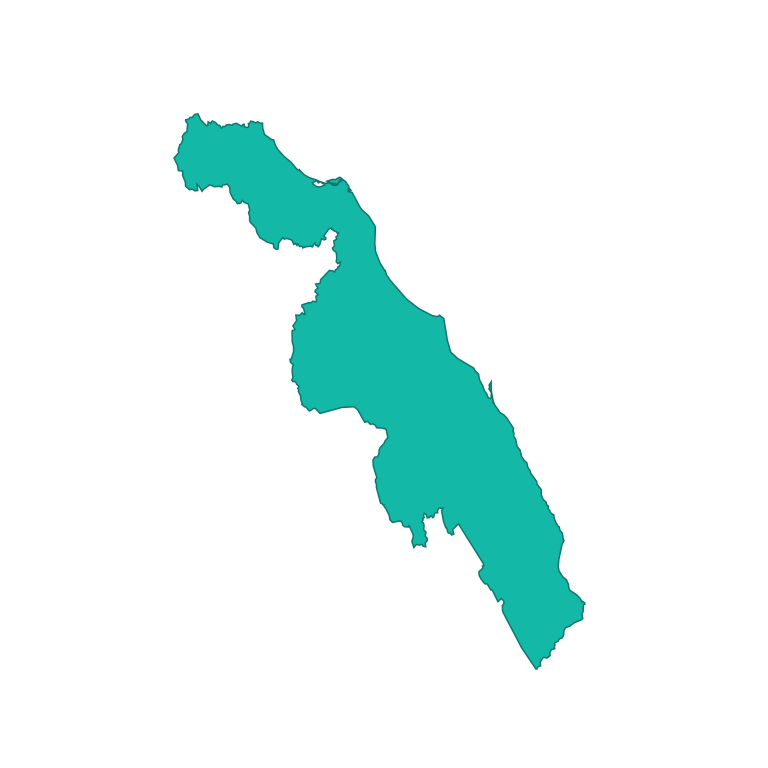 the district of Nkhotakota, Nkhotakota, Malawi, rotated 337°
{"feature_id": "42251766B56128896232398", "entity_name": "Nkhotakota", "entity_type": "district", "adm_level": 2, "iso_a3": "MWI", "parent_name": "Malawi", "parent_adm1": "Nkhotakota", "projection": "equal_earth", "projection_center": [34.171, -12.833], "detail": "fine", "context": "isolated", "style": "filled", "palette": "teal", "viewbox_px": 768, "rotation_deg": 337, "n_neighbors": 0, "source": "geoboundaries", "source_scale": "gbopen_adm2", "svg_char_len": 6123}
<svg xmlns="http://www.w3.org/2000/svg" viewBox="0 0 768 768"><g transform="rotate(337 384 384)"><path d="M337.9,470.6L337.8,473.6L336.6,476.2L334.3,492.3L335.4,493.2L335.8,494.9L336.8,495.1L336.3,496.6L337.0,499.3L337.4,507.3L336.4,511.2L337.6,514.7L345.6,516.4L346.5,518.7L346.1,521.1L347.1,523.4L350.5,525.2L351.5,524.2L351.9,525.0L352.0,534.1L351.0,536.5L348.2,539.6L347.6,546.2L351.0,544.4L353.9,546.2L356.3,546.5L356.7,548.8L358.8,550.2L359.8,546.6L362.5,545.1L363.6,543.2L362.4,540.2L364.7,537.0L363.7,533.4L365.6,529.9L366.0,527.2L364.9,525.8L366.9,524.4L366.8,523.1L368.9,522.6L368.9,520.6L370.5,518.7L371.9,520.9L371.5,524.2L373.3,524.7L375.8,523.5L376.7,526.1L378.0,525.6L379.7,523.0L381.3,522.7L383.2,523.5L383.9,521.2L385.8,519.8L389.8,521.3L387.5,523.1L385.1,533.8L384.7,540.5L385.5,541.4L384.8,545.3L385.3,546.6L386.7,547.1L387.2,549.4L389.7,549.4L390.1,545.5L390.9,544.6L397.9,541.8L405.3,588.2L404.9,590.0L403.5,590.0L403.1,592.1L398.0,593.9L396.8,597.6L397.1,601.1L398.6,607.1L400.9,608.6L401.8,615.3L403.2,616.1L403.8,628.9L408.2,627.3L409.5,631.0L408.3,633.2L406.5,634.0L404.6,638.7L404.4,641.2L407.6,680.4L412.5,705.7L413.5,706.1L414.3,704.9L416.0,704.4L417.9,704.7L419.3,701.0L423.0,698.2L424.4,698.1L426.9,700.0L430.2,699.1L431.0,698.6L431.5,696.4L434.1,694.0L437.7,694.4L438.4,692.0L439.5,691.1L439.3,689.8L440.4,688.8L443.6,688.9L445.6,687.3L449.1,687.2L451.6,684.8L452.9,681.8L455.8,679.2L460.8,679.4L465.7,678.1L474.0,678.2L475.4,677.4L476.1,673.7L478.5,671.0L481.2,665.4L483.1,665.0L483.2,664.0L481.9,661.6L481.1,661.7L480.7,657.8L478.9,653.2L474.6,646.7L474.4,643.9L475.5,640.4L475.4,635.5L473.2,631.4L472.1,624.3L472.9,620.6L476.3,613.9L485.2,601.2L488.4,598.6L488.4,596.5L489.9,591.0L488.7,587.4L489.5,584.1L488.6,582.7L488.1,578.6L488.1,574.6L489.2,570.6L487.9,569.4L486.9,566.7L487.2,565.4L486.4,563.0L487.6,560.8L486.7,559.0L487.0,556.3L485.5,552.7L485.3,549.7L485.7,546.9L487.5,542.8L485.7,535.9L486.4,533.3L484.2,523.4L484.5,520.2L483.8,517.0L484.7,512.4L483.3,509.5L482.3,504.7L483.4,498.0L482.1,493.7L483.6,486.3L482.9,483.0L484.5,479.9L484.2,478.2L485.9,475.4L483.8,463.7L482.3,459.3L479.7,455.8L477.6,446.0L477.9,443.0L477.1,443.2L477.9,441.9L480.2,431.8L483.5,423.9L480.3,426.1L480.0,428.3L478.7,429.4L479.4,434.1L477.9,436.8L477.6,438.7L476.5,439.1L474.6,437.2L474.7,433.4L473.7,429.2L474.2,425.2L473.6,417.1L474.9,411.8L472.9,407.2L472.9,404.6L461.7,389.2L457.9,380.8L459.4,368.5L464.6,347.2L462.0,342.3L459.7,343.0L455.1,339.9L445.5,328.2L438.0,314.9L430.2,290.9L428.9,284.5L429.5,280.1L429.0,280.1L427.6,270.6L428.0,258.9L430.4,251.1L437.5,236.1L435.6,223.3L431.9,215.4L431.0,211.8L429.5,195.1L426.0,192.8L427.9,191.6L427.9,192.8L429.2,192.9L428.5,190.4L427.5,190.2L428.4,189.7L428.8,188.4L427.7,182.6L425.8,179.4L424.5,180.5L422.8,179.9L419.0,182.6L416.3,182.1L414.3,180.6L412.8,177.8L408.6,176.5L405.1,173.5L405.7,175.4L407.8,176.9L406.9,177.8L402.0,177.6L398.8,175.8L396.7,171.9L396.9,170.6L402.1,170.8L402.2,173.2L404.2,173.2L402.7,172.7L403.6,172.3L402.6,170.8L395.5,164.5L392.2,160.0L389.9,153.8L389.5,154.3L387.7,152.1L385.0,143.3L381.0,135.8L377.8,126.5L377.3,121.6L377.8,116.1L376.0,115.0L371.5,107.7L372.3,101.2L374.1,96.4L372.2,95.7L370.2,93.2L368.0,93.6L365.9,91.1L364.0,90.0L362.3,91.4L360.9,91.3L359.9,94.4L358.5,94.5L356.1,93.0L356.8,90.3L355.4,89.9L353.7,91.2L350.1,86.4L346.6,85.8L345.1,86.5L343.4,84.9L340.0,83.9L338.1,84.9L336.3,83.9L334.3,85.0L333.7,81.7L332.2,80.8L331.2,77.6L329.0,75.0L328.0,75.0L326.4,76.5L324.6,73.9L322.7,77.1L321.5,77.0L318.5,69.2L318.3,62.6L315.0,61.9L311.7,63.7L309.6,62.8L307.8,63.9L304.8,63.3L304.2,64.2L304.9,68.0L301.1,74.7L298.3,75.2L295.1,77.3L294.2,80.6L291.1,83.7L289.5,83.9L286.0,88.3L285.4,90.9L279.0,93.9L279.4,102.0L278.1,107.2L281.9,109.4L280.1,113.3L280.0,120.6L278.6,124.5L281.0,129.3L283.6,129.6L285.4,132.3L288.2,133.1L289.8,127.0L290.9,129.3L291.8,135.5L294.2,134.1L301.7,132.6L304.9,136.1L310.3,138.0L311.6,139.3L313.8,137.5L315.3,138.6L317.7,138.5L318.8,142.6L317.2,147.6L317.5,154.6L319.2,158.1L319.5,160.8L322.8,161.4L325.6,159.8L326.2,162.1L329.4,165.4L328.4,171.4L326.2,173.5L325.9,177.0L324.1,181.2L324.5,183.9L327.0,190.4L326.2,194.6L326.9,200.7L331.8,207.7L336.9,211.9L335.8,215.5L337.7,218.2L339.3,218.2L342.3,212.8L348.3,209.7L348.7,211.6L351.4,212.1L354.7,214.8L355.4,216.0L355.5,220.3L357.3,219.9L358.0,222.3L358.6,221.4L359.6,221.6L360.0,224.3L362.7,225.6L362.4,226.9L366.9,227.4L370.6,228.6L371.5,229.8L375.3,227.2L375.5,230.0L377.1,230.7L377.0,231.9L379.2,230.8L383.2,225.7L385.1,228.0L387.2,227.8L387.6,226.9L386.4,224.3L393.5,219.9L396.6,219.9L396.3,221.2L397.3,221.8L397.2,222.8L399.7,225.3L400.0,227.5L400.8,227.3L399.0,229.4L397.2,229.8L397.1,232.3L393.7,232.5L392.4,237.6L389.6,238.8L389.6,240.8L391.4,244.4L389.7,249.7L387.7,252.8L388.5,255.2L391.4,254.8L389.6,257.8L387.4,258.0L386.2,259.7L384.2,259.8L382.3,261.7L381.1,259.9L378.2,258.1L366.4,263.2L364.5,266.4L360.1,265.3L360.6,269.8L357.3,270.9L356.5,272.3L358.4,276.1L355.6,276.6L354.3,281.4L353.3,281.7L351.0,280.0L348.3,280.7L346.4,279.7L339.5,279.1L338.6,280.4L339.5,283.3L338.6,289.0L337.6,288.7L336.5,286.4L333.2,287.8L329.8,286.1L328.2,291.6L322.9,294.9L323.3,298.9L322.0,299.4L320.7,298.8L319.7,300.1L316.1,309.1L315.3,314.5L313.5,318.6L308.7,324.6L307.1,324.5L306.4,327.4L308.1,331.2L306.5,332.4L304.4,336.5L302.5,342.9L300.5,344.4L301.1,346.3L302.8,346.7L303.7,348.5L303.4,350.1L304.6,352.2L304.5,353.4L303.0,354.2L303.1,356.4L302.3,357.3L302.5,362.3L301.2,366.5L301.2,370.0L300.3,370.6L302.1,374.1L303.1,374.3L304.6,379.5L306.2,379.8L309.0,378.9L311.2,379.6L313.7,386.1L336.0,389.1L347.5,393.2L349.7,397.3L351.3,411.7L354.3,412.1L355.7,415.8L358.0,416.3L359.6,417.9L360.3,421.6L364.2,423.3L368.3,426.4L366.5,434.9L362.6,436.9L360.7,438.9L355.9,440.8L353.9,442.6L351.7,446.9L349.1,448.5L347.0,447.7L344.1,449.7L342.1,455.3L340.8,467.4L338.7,468.8L337.9,470.6ZM416.5,175.5L410.6,175.0L411.1,175.8L410.7,176.5L412.4,176.5L414.1,178.9L415.4,179.0L414.7,180.4L417.4,180.3L417.4,181.3L419.4,181.7L422.8,179.2L425.5,178.6L424.6,176.9L423.5,176.3L419.3,176.9L416.5,175.5Z" fill="#14b8a6" stroke="#0f766e" stroke-width="1.5"/></g></svg>